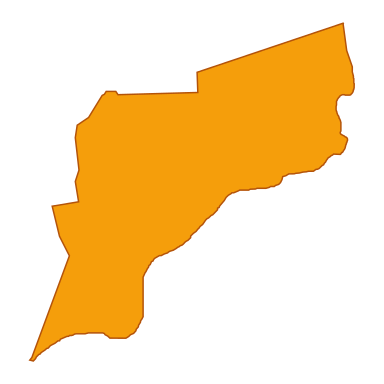 San Pablo, Heredia, Costa Rica (orthographic projection)
{"feature_id": "36466004B49814687345557", "entity_name": "San Pablo", "entity_type": "district", "adm_level": 2, "iso_a3": "CRI", "parent_name": "Costa Rica", "parent_adm1": "Heredia", "projection": "orthographic", "projection_center": [-84.088, 9.992], "detail": "fine", "context": "isolated", "style": "filled", "palette": "amber", "viewbox_px": 384, "rotation_deg": 0, "n_neighbors": 0, "source": "geoboundaries", "source_scale": "gbopen_adm2", "svg_char_len": 2815}
<svg xmlns="http://www.w3.org/2000/svg" viewBox="0 0 384 384"><path d="M343.7,23.0L197.1,72.3L197.8,92.5L118.0,94.7L115.8,91.4L106.2,91.4L104.4,94.3L102.2,95.4L88.6,117.5L77.2,125.2L75.3,137.7L79.0,170.1L75.3,181.5L78.6,201.8L52.2,206.2L59.5,236.3L69.4,255.8L31.9,357.4L29.8,360.1L33.3,361.0L34.4,359.9L35.6,358.6L36.3,357.0L38.8,354.5L40.3,353.9L41.1,352.6L45.3,349.8L46.6,348.5L48.2,348.1L50.4,345.6L55.2,343.1L57.9,340.9L59.6,340.8L60.4,339.2L66.9,336.4L68.6,336.3L69.6,335.5L71.4,335.5L73.0,335.1L74.5,334.1L76.2,333.8L85.1,333.8L88.4,332.9L102.7,332.9L104.3,333.5L105.1,334.7L107.6,336.0L109.9,338.1L125.9,338.2L128.7,336.5L130.5,334.7L133.6,333.4L135.9,330.8L136.2,329.3L138.3,326.9L138.6,325.2L140.4,322.4L140.7,320.6L141.7,319.4L143.1,316.7L143.1,277.2L145.1,272.7L145.9,271.7L147.4,268.6L148.5,267.2L148.9,265.5L150.2,264.6L151.5,261.6L153.0,261.0L153.7,259.4L154.9,258.2L159.4,255.6L161.2,255.6L164.4,253.9L167.6,252.9L168.5,252.0L170.0,251.2L173.3,250.2L176.3,248.4L177.7,247.3L179.3,246.6L180.2,245.7L181.9,245.2L183.3,244.1L185.0,242.2L186.4,241.1L187.9,240.4L190.6,237.7L190.7,236.0L193.4,233.3L196.1,231.4L197.8,229.2L199.1,228.0L200.0,226.5L202.7,224.4L205.7,220.0L207.0,218.7L208.6,217.9L211.2,215.4L212.7,214.8L217.5,209.8L217.6,208.1L219.1,207.5L219.7,205.9L224.3,200.5L226.1,197.4L228.4,195.2L231.0,193.7L231.9,192.8L233.7,192.8L238.3,190.9L239.7,190.1L248.7,190.1L250.2,189.2L255.5,189.0L257.0,188.3L265.9,188.3L269.2,187.4L270.6,186.5L274.2,186.5L275.6,185.4L278.7,184.4L280.5,182.6L282.0,179.6L282.7,176.6L285.9,175.7L288.8,173.9L294.2,173.8L295.9,173.3L299.4,173.0L302.9,172.1L306.5,171.8L308.2,171.3L313.5,171.2L315.9,169.4L317.6,169.2L319.1,168.5L322.2,165.5L323.6,164.8L324.3,163.3L325.6,162.0L326.3,160.5L328.3,157.7L329.8,156.9L331.1,155.7L332.6,155.0L333.5,154.1L340.3,154.4L340.7,154.1L341.7,152.5L342.3,152.5L342.7,152.1L343.6,150.5L344.6,149.1L344.9,148.5L345.3,147.2L345.4,146.5L345.7,145.8L345.7,145.1L346.4,143.8L346.4,143.0L346.8,142.5L347.2,141.0L347.5,140.5L347.5,139.0L347.0,137.9L346.1,137.1L345.4,137.0L344.5,136.2L343.9,135.8L342.5,135.2L342.0,134.8L340.7,134.1L340.5,133.5L340.2,133.1L340.2,132.4L340.8,131.2L340.9,130.5L340.9,122.4L340.7,121.9L340.4,120.6L339.6,118.8L339.1,118.2L339.1,117.5L338.8,116.9L338.7,116.2L337.9,115.3L336.9,112.7L336.9,112.0L336.5,111.4L336.4,110.7L336.1,110.0L336.1,106.4L336.5,105.0L336.5,101.3L337.2,100.1L337.4,99.4L338.2,98.2L339.1,97.1L339.6,96.8L339.8,96.2L340.4,95.6L342.3,94.7L344.5,94.7L345.1,95.1L349.5,95.1L350.2,95.0L350.8,94.7L351.1,94.1L351.6,93.8L352.4,92.8L353.1,91.6L353.1,90.9L353.4,90.5L353.4,89.8L353.8,89.4L353.8,88.7L354.1,88.1L354.2,83.7L353.8,83.0L353.8,78.6L353.5,78.2L353.4,77.5L353.4,76.1L352.3,71.9L352.3,66.8L346.7,50.6L343.1,23.8L343.6,23.1L343.7,23.0Z" fill="#f59e0b" stroke="#b45309" stroke-width="1.5"/></svg>